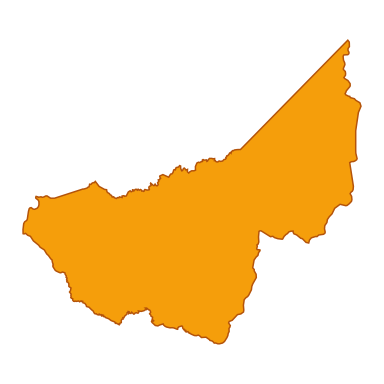 Apartadó, Antioquia, Colombia (Mercator projection)
{"feature_id": "7082276B99397100908240", "entity_name": "Apartadó", "entity_type": "district", "adm_level": 2, "iso_a3": "COL", "parent_name": "Colombia", "parent_adm1": "Antioquia", "projection": "mercator", "projection_center": [-76.61, 7.921], "detail": "fine", "context": "isolated", "style": "filled", "palette": "amber", "viewbox_px": 384, "rotation_deg": 0, "n_neighbors": 0, "source": "geoboundaries", "source_scale": "gbopen_adm2", "svg_char_len": 5974}
<svg xmlns="http://www.w3.org/2000/svg" viewBox="0 0 384 384"><path d="M347.8,40.2L240.5,149.5L237.2,149.6L234.4,150.0L233.4,150.7L232.7,150.6L231.3,151.8L231.3,152.4L230.5,152.6L230.7,153.1L230.1,152.8L229.5,153.2L228.9,154.4L227.5,155.8L226.7,155.9L226.6,156.7L225.8,157.5L226.1,158.3L225.3,159.3L224.0,159.5L222.6,161.0L220.6,161.4L219.3,161.0L218.4,161.3L218.1,161.8L217.1,162.0L215.8,161.5L215.3,160.5L214.4,160.6L214.6,158.6L212.7,158.8L212.0,158.4L209.5,158.4L207.9,160.2L207.5,161.1L206.9,161.4L206.4,159.9L203.9,160.2L203.4,159.6L202.9,159.6L202.3,160.1L202.5,161.4L200.5,162.0L199.8,162.6L198.5,162.2L196.9,163.0L195.4,166.6L195.5,170.2L193.9,170.8L191.7,170.8L190.0,171.7L188.7,173.0L187.4,171.8L187.5,169.4L186.0,170.0L184.4,168.1L183.5,168.4L182.5,170.6L181.7,170.8L180.7,168.5L180.6,166.0L179.6,165.6L178.6,167.0L176.1,167.6L175.3,169.8L174.4,169.6L173.7,170.0L173.0,172.5L171.9,173.9L170.6,174.1L168.7,177.2L162.9,174.6L159.9,175.9L159.7,176.7L160.6,178.3L159.7,179.0L159.6,179.6L158.3,179.9L158.8,181.3L157.6,182.7L158.2,184.6L157.4,185.7L156.2,185.7L155.1,184.1L154.3,185.5L153.4,185.5L150.7,183.1L150.5,183.5L151.1,185.3L150.6,185.9L149.5,186.3L148.9,187.1L148.9,188.1L149.4,189.3L149.1,189.8L147.2,190.1L144.9,189.5L144.4,190.0L144.2,191.0L143.6,191.4L142.9,191.0L141.8,191.1L141.5,190.1L140.4,189.5L139.3,190.2L138.1,189.2L137.4,190.2L136.1,189.2L135.1,189.5L133.9,190.9L133.3,189.9L132.6,189.8L132.5,191.0L131.5,191.7L131.0,191.7L130.1,190.8L128.3,192.0L126.3,195.9L124.7,196.3L124.0,195.7L122.1,196.0L122.1,197.5L119.4,196.9L118.9,197.7L117.5,197.6L116.3,198.5L114.3,197.7L113.7,196.8L112.2,197.0L111.5,195.4L110.2,194.8L109.3,193.5L108.2,193.0L106.9,191.7L106.6,189.7L104.5,189.4L99.1,186.4L95.3,181.4L94.2,182.7L93.4,182.6L92.1,183.1L91.0,184.4L89.6,184.2L89.1,186.8L88.1,187.1L86.9,188.1L83.7,189.1L83.0,189.0L54.6,198.2L50.6,198.2L47.0,195.9L45.6,196.0L44.0,196.9L42.3,197.3L41.0,196.8L38.3,197.3L38.0,196.9L36.1,196.4L35.7,197.2L35.9,198.3L38.1,200.0L38.9,201.5L39.0,204.4L38.5,206.5L37.2,208.2L34.7,209.3L33.2,209.1L31.1,207.6L29.8,208.0L29.2,208.7L28.5,211.2L27.3,219.2L26.7,220.4L24.6,221.9L23.7,223.7L23.0,229.6L23.1,233.7L24.0,233.9L25.6,233.4L27.8,235.3L30.4,236.3L33.4,240.9L38.7,245.2L40.1,247.2L44.3,249.9L46.7,253.9L48.5,255.6L50.9,259.0L51.9,259.7L52.5,262.7L53.2,264.3L52.8,265.1L53.2,265.7L52.9,266.6L55.2,270.3L56.3,271.1L59.6,272.6L60.8,272.8L62.4,272.0L64.9,272.8L65.2,274.4L66.3,275.9L66.1,277.4L67.1,278.1L66.6,279.5L67.2,280.3L66.7,280.9L67.0,282.0L67.9,282.2L68.8,283.6L68.9,286.5L71.0,288.0L70.4,290.8L69.5,292.0L71.1,294.1L70.9,295.5L71.1,296.9L70.8,297.6L71.5,298.3L72.7,298.7L72.7,300.1L73.5,301.2L74.4,301.4L75.2,301.1L76.2,301.4L78.6,301.0L79.7,301.8L80.8,301.0L81.5,301.0L81.6,301.5L82.7,301.3L82.9,302.7L84.9,303.4L86.3,305.4L86.5,306.5L89.0,307.2L91.8,310.0L92.9,310.7L94.5,313.5L95.4,313.9L96.3,313.7L97.2,314.6L98.5,314.9L98.9,314.9L99.2,314.1L100.1,314.9L100.9,314.6L101.6,316.0L102.6,315.9L102.4,315.0L103.5,315.3L103.7,316.6L104.7,316.6L105.4,317.5L108.6,318.7L111.2,320.6L114.4,321.8L115.7,322.8L115.3,323.1L115.6,323.4L116.7,323.4L119.1,324.7L119.2,324.1L119.7,324.0L119.5,323.5L121.3,322.6L121.3,320.3L122.0,319.2L123.1,319.0L122.9,317.7L123.8,317.8L124.7,316.1L127.0,314.1L127.1,312.7L128.0,312.3L128.1,311.5L128.6,311.6L128.7,313.2L129.4,312.3L129.9,313.4L131.0,313.4L131.7,312.2L133.7,314.1L134.3,314.0L135.2,313.0L136.3,312.7L137.3,313.1L138.3,313.0L138.8,312.1L138.4,311.0L141.2,311.4L144.0,310.7L145.5,309.7L146.5,309.6L146.8,309.0L145.5,308.1L146.2,308.0L147.2,308.4L148.6,309.8L149.6,310.0L150.1,310.7L150.7,312.2L149.6,313.8L150.8,315.1L151.1,316.3L152.5,317.1L152.6,317.9L152.1,319.4L153.7,320.7L153.5,321.1L151.7,320.9L151.5,321.5L152.1,322.5L155.3,325.5L157.9,325.9L159.4,325.1L163.1,323.9L163.5,324.9L165.2,326.4L166.8,327.1L169.9,327.8L172.3,327.7L173.7,327.9L177.3,329.3L177.7,329.2L177.8,328.0L178.7,326.9L181.7,326.0L182.4,326.3L182.8,328.2L183.5,329.2L184.2,329.3L184.1,329.9L185.5,330.3L185.3,331.0L186.0,331.0L186.1,331.4L185.6,331.4L186.1,332.0L188.0,331.6L188.6,332.8L189.2,332.8L189.7,333.4L190.3,333.4L190.9,334.0L194.3,335.5L196.2,335.7L198.3,335.1L199.5,335.7L201.4,337.5L206.0,337.2L209.4,339.6L209.9,340.4L211.9,340.9L213.2,341.8L214.2,343.1L215.6,343.0L217.9,343.8L219.5,343.8L222.6,343.0L224.5,341.5L226.9,337.7L227.8,335.7L228.2,333.4L229.1,331.6L229.0,328.4L229.8,327.3L230.3,325.6L228.6,323.0L229.2,321.5L232.2,320.3L237.5,314.6L240.9,313.9L243.5,312.0L243.8,310.2L243.4,305.2L244.2,299.7L245.8,297.8L247.6,296.6L248.7,295.2L251.4,289.8L251.8,286.4L252.8,283.8L256.3,277.6L256.1,274.2L254.2,270.9L254.2,269.5L252.7,267.8L254.1,260.0L256.2,257.0L257.9,255.5L258.6,252.6L260.0,250.7L259.9,249.9L257.2,249.6L256.7,248.8L257.3,246.2L256.9,245.0L258.1,244.1L258.8,242.0L258.5,236.9L259.0,231.4L260.0,230.8L261.2,230.9L270.5,236.7L272.8,236.3L274.5,237.6L277.9,238.7L282.1,239.2L282.6,239.1L284.1,236.4L286.2,234.3L287.5,233.6L288.7,232.0L290.9,231.2L293.1,231.1L293.2,232.4L293.9,233.8L296.5,234.8L300.8,238.3L302.4,238.7L306.0,242.4L308.7,243.0L309.5,240.0L311.4,237.8L315.6,236.5L317.0,236.6L318.8,235.0L323.4,234.3L324.8,233.4L325.2,232.1L324.5,228.8L324.8,225.6L326.9,222.5L327.4,219.5L329.3,216.7L332.0,213.9L334.7,208.3L340.1,204.3L345.9,205.7L347.1,205.4L349.3,203.7L351.5,201.3L351.9,199.6L351.6,196.3L350.1,193.7L350.9,192.3L352.4,191.1L353.1,189.6L353.4,186.3L349.7,162.6L351.4,161.7L353.7,161.5L355.4,160.7L356.7,159.7L357.1,158.6L355.8,153.2L355.7,150.1L355.7,130.8L358.4,112.5L361.0,106.2L359.9,102.8L355.8,100.3L354.4,98.7L350.3,97.6L349.8,96.4L348.5,96.2L345.6,94.7L345.1,93.4L345.7,92.7L346.3,90.9L350.0,86.4L350.2,85.5L350.1,83.6L347.9,80.5L344.6,78.5L343.9,77.6L345.5,75.2L345.6,73.4L345.3,71.5L343.4,69.5L343.4,68.4L344.9,64.7L344.7,62.9L343.5,60.2L343.1,56.5L343.4,55.6L344.0,54.9L347.8,54.7L348.7,53.9L349.0,53.0L348.9,52.1L348.0,50.4L348.0,49.4L348.1,48.4L349.4,46.6L349.3,42.9L349.2,42.0L347.8,40.2Z" fill="#f59e0b" stroke="#b45309" stroke-width="1.5"/></svg>